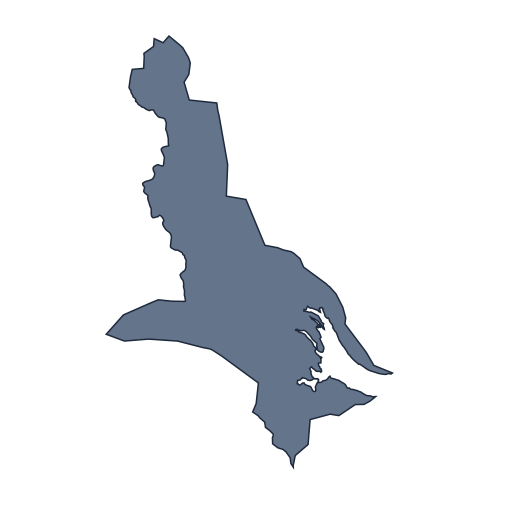 outline of Deatnu sme 1, Finnmark, Norway, rotated 100°
{"feature_id": "86288312B77332611217314", "entity_name": "Deatnu sme 1", "entity_type": "district", "adm_level": 2, "iso_a3": "NOR", "parent_name": "Norway", "parent_adm1": "Finnmark", "projection": "orthographic", "projection_center": [27.521, 70.269], "detail": "fine", "context": "isolated", "style": "filled", "palette": "slate", "viewbox_px": 512, "rotation_deg": 100, "n_neighbors": 0, "source": "geoboundaries", "source_scale": "gbopen_adm2", "svg_char_len": 6073}
<svg xmlns="http://www.w3.org/2000/svg" viewBox="0 0 512 512"><g transform="rotate(100 256 256)"><path d="M457.5,182.6L455.7,183.0L445.7,182.7L432.6,172.0L407.7,174.3L398.9,155.5L398.8,146.7L385.1,132.5L383.4,123.9L379.0,118.4L373.6,113.7L373.7,114.3L374.5,116.5L373.9,118.6L374.2,122.9L372.8,126.9L371.9,128.6L371.2,132.3L370.9,132.8L370.9,133.4L371.1,134.0L370.7,135.4L370.6,137.4L370.8,139.5L369.7,141.5L370.1,142.2L370.1,142.8L369.8,143.6L367.7,145.1L366.8,146.2L366.1,147.7L365.2,150.4L364.1,152.7L364.0,154.2L363.3,158.7L363.4,160.3L363.0,161.1L361.5,162.3L362.2,162.7L362.5,163.3L364.9,164.3L366.3,165.9L367.4,168.6L368.6,169.3L369.1,170.0L369.8,172.3L369.8,173.0L370.0,173.6L374.5,174.8L378.0,173.8L378.8,174.0L379.3,174.6L379.2,176.0L378.7,176.8L375.5,179.2L375.0,180.0L374.5,183.7L373.9,185.5L372.6,186.7L373.0,188.0L375.2,190.0L375.4,190.6L375.5,190.9L375.3,191.7L374.6,192.4L374.8,192.5L374.6,193.2L371.3,193.4L370.8,191.9L370.3,190.8L368.0,189.5L368.2,189.3L367.9,189.2L367.8,188.3L367.9,187.9L368.1,185.6L368.7,184.2L369.3,183.4L369.2,182.9L369.4,181.8L368.5,179.5L367.0,178.0L366.4,173.8L367.0,172.9L368.6,173.2L368.4,173.4L368.8,173.1L368.7,172.7L367.1,172.8L366.4,173.3L366.2,173.9L366.6,177.4L366.5,178.1L365.7,178.4L365.0,179.8L362.0,181.5L360.0,181.8L357.5,183.7L355.5,182.0L356.8,180.7L357.7,178.6L358.8,177.2L359.0,175.7L358.5,173.2L359.2,172.0L358.3,171.9L358.3,171.5L358.1,171.3L356.1,172.2L355.6,172.6L355.6,173.1L355.4,173.5L354.0,174.0L353.5,174.8L351.2,176.0L350.2,175.3L350.2,174.4L350.1,174.0L350.2,173.8L350.1,173.6L348.8,173.6L345.3,174.5L345.1,174.4L345.3,174.1L345.2,174.1L345.3,173.9L344.9,173.7L345.1,173.1L344.2,174.1L344.3,174.0L344.1,174.5L344.3,174.5L344.3,175.0L344.6,175.3L344.5,175.6L343.1,177.0L342.0,179.1L340.9,180.4L339.4,181.4L338.3,181.2L337.9,180.8L336.3,181.0L335.3,182.5L335.2,183.1L332.2,185.0L330.8,186.4L329.3,188.2L328.6,189.7L327.3,191.3L326.7,192.4L325.4,193.2L324.5,194.6L323.9,197.1L323.8,198.4L323.5,198.8L323.6,199.4L323.4,200.0L323.5,200.5L323.1,200.6L322.7,201.4L322.7,201.7L322.6,201.8L322.3,202.3L322.5,202.8L322.1,203.8L322.2,204.1L321.5,204.0L321.5,203.4L320.9,202.8L321.9,201.1L321.5,200.3L321.8,198.9L321.3,197.1L320.9,196.5L321.1,194.9L321.5,193.6L325.6,188.2L328.2,186.0L331.6,180.7L333.9,180.7L335.9,179.7L337.7,179.4L338.9,177.4L339.3,176.2L339.4,175.3L339.2,175.1L339.3,174.3L339.1,173.8L338.1,173.2L336.7,173.4L335.8,173.0L333.9,173.5L327.1,178.3L326.2,178.8L324.8,177.8L322.3,179.2L319.3,181.2L319.2,181.8L317.7,183.3L316.0,184.4L314.7,183.8L314.7,183.4L314.3,183.2L314.6,182.8L315.7,182.7L315.8,182.1L314.9,181.5L315.2,180.1L314.8,179.6L314.1,179.6L313.9,180.1L314.3,180.6L313.7,181.2L312.6,181.7L312.5,182.0L313.0,182.8L312.6,183.4L311.6,183.8L308.6,188.8L308.7,189.8L306.6,191.6L308.6,185.1L309.8,182.9L311.9,180.9L312.1,180.3L314.1,178.9L314.7,177.9L315.8,177.4L316.4,175.9L315.2,176.3L313.9,177.4L312.3,177.8L311.0,177.6L309.4,180.4L308.2,180.7L304.1,184.4L301.6,192.2L302.1,192.7L301.9,199.4L300.3,199.4L300.3,197.5L299.6,197.1L298.3,197.1L296.5,196.3L297.7,194.4L297.9,193.5L297.6,192.4L298.1,189.3L298.7,186.4L298.8,185.3L299.7,184.8L300.3,182.7L298.2,183.6L297.0,184.6L296.0,183.9L296.2,183.7L295.5,182.8L295.3,182.3L295.4,181.9L296.5,181.3L296.6,181.1L296.6,180.6L297.2,180.8L298.1,180.5L300.3,178.9L303.1,177.6L304.5,176.0L305.0,174.6L304.6,174.1L305.2,173.2L306.5,172.7L308.5,171.2L310.5,168.9L313.3,167.5L313.5,167.8L316.5,165.0L317.4,163.6L324.4,159.5L329.3,155.1L330.1,153.9L333.7,150.4L336.5,148.2L337.8,146.2L339.4,144.5L341.7,141.3L344.8,136.0L344.5,135.0L346.7,130.1L347.7,128.2L348.5,126.1L349.1,123.9L350.4,114.4L350.3,109.0L350.0,107.4L348.8,105.3L348.9,104.7L348.6,102.2L347.5,101.3L343.3,120.9L331.6,130.8L307.5,156.6L301.4,156.9L291.3,161.7L279.5,170.6L273.5,178.2L272.9,179.6L271.1,182.2L258.7,207.2L250.9,212.3L246.6,219.5L245.6,222.4L245.3,230.1L244.1,235.9L243.9,249.1L202.1,275.7L202.2,295.6L170.8,299.8L124.6,316.6L119.3,318.9L112.1,321.2L114.0,348.8L97.3,357.0L89.0,353.7L77.4,354.2L72.5,356.8L63.6,364.3L60.8,368.8L54.5,379.9L62.1,384.5L59.6,394.0L67.5,393.3L75.9,401.6L79.1,400.7L90.7,399.2L93.7,410.3L101.4,410.7L112.1,410.3L113.4,409.5L114.9,407.9L116.5,407.5L119.1,405.4L120.7,404.5L121.4,403.1L122.4,401.9L123.3,401.3L124.3,401.6L125.0,400.7L125.3,399.9L127.3,398.1L127.9,396.2L129.1,394.3L129.3,392.1L130.6,389.7L131.0,387.6L131.3,386.6L131.2,386.0L130.2,384.2L130.1,382.3L133.2,379.8L135.8,376.5L136.2,375.3L136.2,371.7L137.0,369.4L138.9,368.5L140.2,367.5L147.1,366.8L149.6,365.2L155.2,362.9L161.3,361.7L162.4,361.0L163.0,361.7L163.3,362.8L165.0,366.5L167.0,367.9L168.7,367.4L172.6,364.6L174.9,363.3L182.7,362.9L183.4,363.3L183.6,363.9L183.5,365.1L183.6,365.8L183.1,367.8L183.6,369.6L185.8,372.1L186.7,372.5L188.1,372.5L190.5,371.4L192.0,370.1L195.0,370.0L196.6,370.5L198.7,371.8L200.6,375.0L201.4,377.1L202.4,378.5L203.9,380.1L204.8,380.1L205.8,379.7L207.5,377.7L211.9,377.8L213.1,376.7L215.0,373.3L215.6,372.8L218.0,372.6L219.9,371.8L225.7,368.8L227.3,367.5L232.7,366.5L235.1,365.6L236.0,364.5L236.2,364.1L236.1,363.5L235.6,362.1L234.7,360.9L234.6,360.0L234.4,359.4L232.7,358.2L232.6,357.8L232.9,356.7L234.6,354.6L236.7,353.0L237.9,352.9L238.8,353.6L240.2,353.5L241.2,353.2L242.9,352.0L245.6,349.4L246.6,347.8L247.9,345.2L249.0,344.1L250.8,343.0L251.8,342.6L261.0,342.0L262.2,341.6L263.0,340.3L263.1,339.5L263.8,338.1L264.2,335.8L263.9,334.9L263.9,334.0L265.5,329.3L267.4,328.1L267.9,326.7L270.1,325.8L272.4,324.0L276.9,323.6L279.1,323.0L281.8,323.3L283.1,324.0L284.2,325.3L285.1,325.7L286.2,326.8L287.8,327.5L290.6,325.9L292.6,323.8L294.0,323.0L297.1,322.1L298.5,322.2L302.6,320.4L307.2,319.7L309.2,318.7L312.5,317.7L313.0,317.8L315.1,330.8L316.1,344.6L320.1,351.0L337.1,376.4L359.1,389.9L362.6,370.8L356.5,347.4L353.4,318.5L355.4,292.5L355.5,285.1L356.4,282.0L360.4,272.6L380.6,231.6L401.3,230.2L410.2,232.2L412.9,226.2L414.9,223.9L418.1,218.6L423.2,216.9L425.7,211.9L428.4,208.2L429.9,207.8L431.9,208.3L438.1,207.0L441.1,201.2L441.8,195.9L443.8,192.3L448.8,187.3L454.3,185.6L457.5,182.6Z" fill="#64748b" stroke="#1e293b" stroke-width="1.5"/></g></svg>